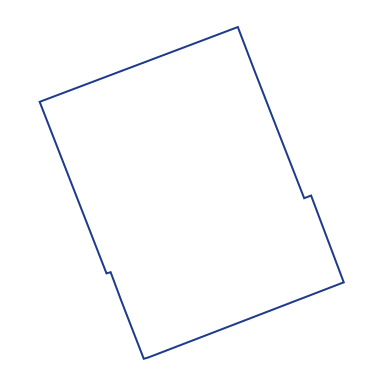 Washburn, Wisconsin, United States of America (Robinson projection), rotated 159°
{"feature_id": "52423323B30726124247740", "entity_name": "Washburn", "entity_type": "district", "adm_level": 2, "iso_a3": "USA", "parent_name": "United States of America", "parent_adm1": "Wisconsin", "projection": "robinson", "projection_center": [-91.775, 45.898], "detail": "fine", "context": "isolated", "style": "outline", "palette": "blue", "viewbox_px": 384, "rotation_deg": 159, "n_neighbors": 0, "source": "geoboundaries", "source_scale": "gbopen_adm2", "svg_char_len": 312}
<svg xmlns="http://www.w3.org/2000/svg" viewBox="0 0 384 384"><g transform="rotate(159 192 192)"><path d="M296.8,53.6L292.4,53.2L82.7,53.3L82.1,146.0L89.5,146.0L90.0,236.0L90.2,283.9L90.1,329.6L301.9,330.8L301.0,146.7L296.7,146.3L297.0,115.5L296.8,53.6Z" fill="none" stroke="#1e3a8a" stroke-width="2"/></g></svg>